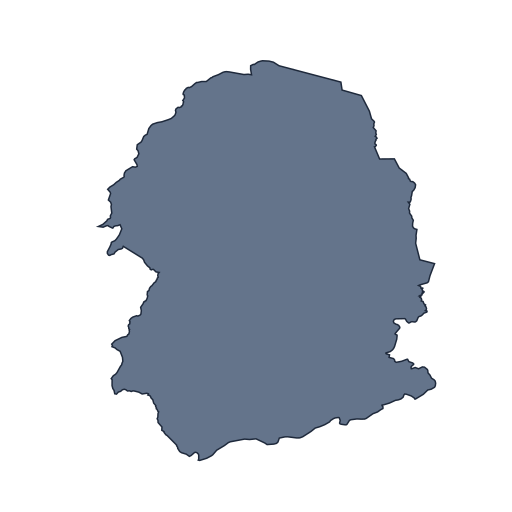 outline of Huanca Sancos, Ayacucho, Peru, rotated 255°
{"feature_id": "86281439B89216609450497", "entity_name": "Huanca Sancos", "entity_type": "district", "adm_level": 2, "iso_a3": "PER", "parent_name": "Peru", "parent_adm1": "Ayacucho", "projection": "equal_earth", "projection_center": [-74.477, -13.931], "detail": "fine", "context": "isolated", "style": "filled", "palette": "slate", "viewbox_px": 512, "rotation_deg": 255, "n_neighbors": 0, "source": "geoboundaries", "source_scale": "gbopen_adm2", "svg_char_len": 6053}
<svg xmlns="http://www.w3.org/2000/svg" viewBox="0 0 512 512"><g transform="rotate(255 256 256)"><path d="M433.8,327.5L438.7,323.0L440.9,319.0L442.9,312.8L443.0,311.0L442.9,308.2L441.4,303.8L441.8,303.0L441.2,300.1L437.7,299.1L432.2,298.6L433.6,295.5L434.4,291.3L440.7,277.9L441.8,275.0L442.0,273.5L442.0,271.7L440.9,266.7L440.3,260.7L439.7,259.5L439.8,258.6L437.4,253.1L438.6,248.6L438.7,244.6L439.0,243.5L438.2,241.4L436.3,237.6L435.9,235.2L436.4,234.2L436.0,232.1L435.0,230.9L434.8,230.2L433.1,228.5L431.4,227.5L430.8,227.5L430.0,228.4L427.1,227.8L425.1,225.5L424.2,226.0L423.5,225.9L422.6,225.2L421.6,224.9L420.3,223.8L420.1,222.8L419.5,222.6L419.2,220.5L419.8,219.2L418.8,216.8L417.5,215.9L415.6,215.9L413.4,214.5L412.5,213.3L410.8,209.8L410.4,206.7L410.0,199.8L410.4,195.3L410.1,190.3L409.2,188.4L406.9,185.5L401.7,182.3L401.4,180.4L400.5,178.5L397.0,175.8L395.8,174.5L394.2,170.1L390.1,168.4L388.3,169.3L385.1,169.3L382.0,166.6L381.3,164.0L380.5,163.2L375.0,164.7L373.3,164.5L373.0,162.5L374.2,159.9L372.1,152.5L370.2,150.4L368.1,149.4L366.9,149.3L366.3,148.7L365.3,144.8L364.4,143.5L363.3,140.1L361.7,137.1L360.4,132.7L358.8,130.0L355.3,131.7L353.9,131.7L348.3,127.9L345.7,129.5L343.3,129.7L341.2,128.7L334.8,127.8L332.5,125.7L330.7,125.4L330.1,124.9L329.8,122.1L328.6,121.1L326.2,116.3L325.3,111.4L323.4,115.8L323.9,119.4L323.7,120.9L322.7,121.6L320.1,124.6L320.1,125.1L321.3,126.3L321.5,128.2L321.1,130.3L321.4,132.8L317.0,133.4L311.8,129.5L308.5,125.6L307.3,123.6L306.8,120.4L306.4,119.7L305.0,119.1L302.6,117.2L298.6,113.5L297.0,113.1L295.0,113.8L294.4,114.9L294.8,116.2L294.8,119.4L296.2,120.8L297.9,124.6L297.7,127.5L298.0,129.0L299.7,130.3L283.4,145.6L281.4,146.5L278.8,146.7L274.5,148.6L272.1,150.4L270.5,150.4L269.7,151.3L269.9,152.4L269.6,153.5L266.5,155.3L265.2,158.2L264.2,156.8L262.4,156.0L260.8,156.1L260.1,154.8L259.0,154.4L258.4,153.4L257.1,152.5L256.5,150.7L254.2,147.7L253.8,146.5L252.4,144.8L250.3,143.6L249.8,142.0L246.6,140.8L245.5,141.1L243.4,140.0L241.3,138.2L241.2,137.1L240.7,136.7L240.7,135.7L239.2,134.7L236.3,131.3L232.9,131.1L229.7,129.8L228.9,128.7L228.6,126.8L228.6,126.2L229.2,125.3L228.9,121.2L228.1,119.1L226.4,116.9L224.9,117.3L224.1,116.7L223.2,116.6L222.5,115.1L221.4,114.4L220.0,114.6L218.6,114.3L217.8,114.9L217.1,114.3L215.8,114.2L213.6,113.0L213.1,111.7L211.8,110.4L212.1,105.4L210.7,98.0L208.2,93.8L206.7,94.2L205.7,93.4L203.7,96.1L201.6,97.5L199.1,100.1L192.7,100.8L188.7,100.1L187.1,98.8L185.7,98.1L184.5,96.5L179.4,91.6L178.1,89.7L177.3,87.2L175.0,84.4L173.8,85.0L168.0,83.4L165.0,83.4L162.9,84.1L159.5,83.9L158.7,85.5L160.2,87.8L160.3,90.2L161.4,92.4L161.4,94.3L160.5,95.7L158.9,96.9L158.5,99.0L157.4,100.4L157.6,102.1L157.3,103.1L154.8,107.6L152.2,110.3L151.7,114.9L150.8,116.5L150.5,116.5L149.7,115.6L149.1,116.6L148.0,117.7L146.0,117.9L143.9,119.1L140.4,119.1L137.4,120.5L136.7,120.1L135.1,120.5L134.3,120.1L133.4,120.8L131.2,121.1L130.7,121.6L129.0,120.5L125.8,119.5L124.4,118.4L122.7,118.8L120.5,118.3L115.2,120.9L112.0,119.9L110.2,121.7L109.4,121.5L106.6,122.7L105.6,123.7L93.9,130.4L93.3,130.2L91.5,130.8L90.4,130.6L86.9,131.7L85.3,133.1L82.6,137.4L79.7,139.8L80.1,141.7L82.1,145.8L82.1,146.7L81.3,148.1L79.4,149.1L78.4,149.1L74.7,148.1L73.8,147.4L73.1,148.7L73.4,156.1L74.6,161.3L75.2,162.8L78.6,167.8L81.1,176.5L82.9,181.0L83.2,183.0L82.1,197.6L80.4,202.3L79.4,208.7L73.1,216.1L71.0,217.9L69.7,224.6L69.7,227.3L70.6,229.0L74.1,231.4L73.8,237.2L73.2,239.7L69.7,248.3L69.0,251.2L69.3,254.3L72.3,263.7L74.5,268.7L74.6,273.4L75.3,278.8L76.7,284.1L77.8,285.5L78.9,288.9L79.1,290.7L78.7,293.7L78.3,294.5L75.4,294.8L73.0,293.5L72.3,293.6L71.5,294.6L70.0,298.1L69.6,299.3L69.8,300.2L73.0,303.7L73.3,305.2L72.5,311.3L71.1,315.7L70.4,318.8L70.6,320.5L73.4,328.1L73.9,333.1L75.3,336.8L75.8,339.1L77.5,339.6L78.8,339.0L79.4,339.2L79.2,340.5L79.4,346.8L80.5,353.4L80.2,356.1L80.4,359.0L81.5,361.5L83.6,363.0L84.2,363.9L83.5,365.6L80.6,369.8L77.9,372.1L76.6,372.5L76.6,373.1L79.1,381.8L82.1,387.2L82.0,390.8L83.0,394.5L84.2,395.6L86.6,396.6L88.8,396.7L90.3,396.0L92.6,393.9L96.0,393.2L98.6,391.9L101.1,392.3L102.1,392.1L105.0,390.0L105.8,388.0L105.0,383.8L107.1,380.9L106.8,377.3L107.0,376.8L108.6,377.0L109.3,377.7L110.4,380.1L110.8,380.4L112.1,379.7L114.4,376.3L117.0,375.7L117.2,375.3L116.6,369.5L117.0,363.9L118.4,362.7L119.5,363.0L121.3,362.3L123.6,358.3L126.0,359.4L127.8,356.5L128.6,356.3L128.8,356.8L128.9,360.9L130.0,363.5L131.0,364.9L132.7,366.4L139.2,370.4L142.6,371.7L143.3,371.7L144.3,370.3L145.1,370.3L149.0,376.0L150.0,376.5L152.0,375.9L153.2,374.8L153.9,373.5L155.8,371.8L157.5,371.8L158.9,373.1L159.1,374.9L157.0,383.5L156.4,384.0L153.8,384.7L151.8,386.1L151.7,387.0L152.2,388.4L152.2,389.7L151.2,392.1L151.1,393.0L151.8,394.5L154.8,396.8L155.3,397.7L155.4,399.8L156.1,401.5L157.3,403.3L157.6,406.4L157.9,406.8L158.8,406.8L159.4,405.6L159.7,406.3L161.1,407.1L162.9,407.0L164.2,406.3L164.8,407.1L166.4,405.8L168.8,405.6L169.8,404.0L170.8,404.7L172.5,404.7L173.7,403.6L174.3,404.5L175.1,403.3L175.5,404.5L175.3,406.0L175.8,406.4L176.5,406.4L176.6,407.2L177.8,409.1L178.4,408.8L178.0,407.8L178.1,407.4L179.0,408.0L181.0,407.7L181.4,408.6L181.7,408.8L182.1,408.3L182.2,407.1L184.0,407.1L185.4,405.4L185.7,406.9L185.8,414.4L186.5,415.9L192.0,419.0L202.4,426.5L209.9,413.3L227.0,413.5L231.6,415.3L234.5,415.9L240.0,418.3L241.1,416.5L242.2,415.5L244.2,414.9L247.1,415.8L249.8,417.2L252.5,416.4L254.2,416.7L257.7,415.4L259.6,416.0L262.3,415.7L266.1,418.0L268.6,417.0L268.1,418.6L269.1,419.6L270.9,420.6L272.4,420.8L274.0,421.9L277.8,423.6L278.7,425.3L280.8,427.4L283.5,428.6L285.3,428.1L286.9,427.0L287.5,426.2L287.8,425.0L288.6,424.4L290.4,424.3L291.3,423.3L292.1,423.6L296.9,422.5L303.9,417.1L314.0,414.8L317.7,400.5L330.8,398.7L330.8,399.5L331.7,400.8L332.5,400.8L333.4,400.0L334.3,400.0L336.1,401.1L336.6,401.8L337.5,401.9L338.4,403.4L339.8,403.0L340.7,402.1L342.3,403.7L343.7,403.5L345.9,404.4L349.7,402.5L351.3,403.7L353.2,404.0L354.7,405.1L355.6,404.9L358.6,403.1L366.6,403.0L383.7,399.3L394.0,382.1L402.0,383.0L433.8,327.5Z" fill="#64748b" stroke="#1e293b" stroke-width="1.5"/></g></svg>